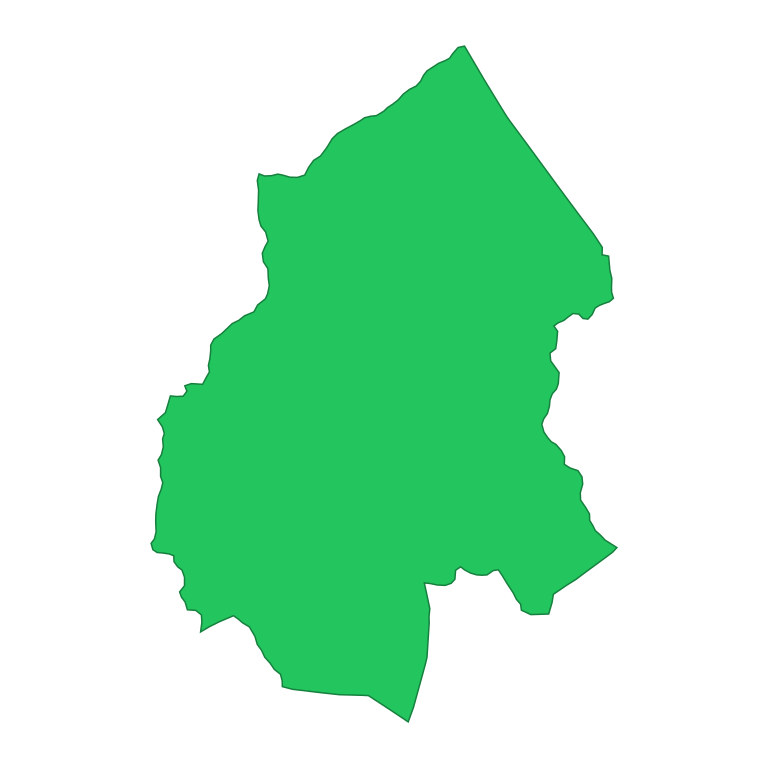 outline of Castro Alves, Bahia, Brazil
{"feature_id": "56859067B5706793747944", "entity_name": "Castro Alves", "entity_type": "district", "adm_level": 2, "iso_a3": "BRA", "parent_name": "Brazil", "parent_adm1": "Bahia", "projection": "robinson", "projection_center": [-39.366, -12.724], "detail": "fine", "context": "isolated", "style": "filled", "palette": "green", "viewbox_px": 768, "rotation_deg": 0, "n_neighbors": 0, "source": "geoboundaries", "source_scale": "gbopen_adm2", "svg_char_len": 3044}
<svg xmlns="http://www.w3.org/2000/svg" viewBox="0 0 768 768"><path d="M464.5,46.1L458.1,47.5L452.6,53.8L449.6,58.2L445.2,60.6L438.6,63.3L432.5,67.3L427.0,70.9L423.7,75.1L420.6,81.2L416.1,86.1L409.6,89.3L403.2,94.2L398.2,99.9L392.8,104.1L387.5,107.6L383.8,111.2L376.5,115.6L370.3,116.3L364.5,117.8L360.3,120.7L354.0,124.3L345.4,128.9L337.5,133.5L332.3,138.6L326.8,147.6L320.5,156.0L313.6,160.4L308.6,167.4L304.7,175.1L297.4,177.4L290.0,177.2L282.7,175.1L277.8,174.1L271.3,175.7L264.6,176.0L259.1,173.9L257.3,180.5L258.6,190.3L258.2,203.3L257.9,210.7L259.1,219.9L261.0,226.2L265.7,232.1L268.1,241.1L264.9,247.0L262.3,253.3L263.4,261.7L267.9,268.7L268.3,278.2L269.3,285.7L267.6,293.9L265.4,298.8L257.6,305.0L253.9,311.9L244.5,315.8L238.7,320.4L232.2,323.6L227.0,328.6L221.8,333.5L213.9,339.1L210.7,345.2L210.7,350.8L209.9,358.6L208.4,365.4L209.4,372.0L206.6,376.8L202.6,384.3L191.3,383.6L184.8,385.8L186.9,391.2L183.2,396.2L176.4,396.5L170.4,395.9L167.6,405.5L165.4,412.7L161.4,416.2L157.6,419.6L162.3,426.7L164.3,433.5L162.6,438.9L163.3,446.9L161.4,454.7L158.1,460.1L160.6,467.7L160.6,476.5L162.8,482.6L161.2,489.2L158.4,496.5L157.1,504.3L155.9,513.9L155.7,522.0L156.1,531.8L154.4,539.0L151.1,543.4L152.9,549.7L157.1,552.5L162.8,553.0L169.3,554.0L173.8,555.8L174.0,561.7L177.7,566.8L182.0,570.1L184.5,577.2L184.5,585.7L179.6,591.9L181.5,597.2L185.1,602.0L187.4,609.8L195.8,610.4L201.4,614.9L201.9,622.1L200.6,631.9L209.6,626.6L218.8,622.0L233.5,615.7L238.7,619.4L242.4,622.7L249.4,626.9L255.0,636.5L257.3,644.5L261.6,650.4L264.8,657.3L270.0,663.0L274.4,669.5L280.5,674.3L282.2,680.9L282.3,686.6L292.5,689.3L297.5,689.9L322.8,692.9L339.4,694.7L362.4,695.3L368.4,695.6L388.6,708.8L408.2,721.9L413.4,707.6L416.8,695.3L425.2,664.8L427.0,657.3L429.2,622.6L429.0,616.7L429.8,608.6L427.1,595.8L424.3,582.9L430.0,583.5L437.3,585.0L445.2,585.4L451.2,583.3L454.9,579.3L455.6,570.3L460.6,566.8L464.6,569.9L470.6,573.1L476.8,574.9L482.0,575.2L487.0,574.9L493.4,570.5L498.4,569.8L502.2,575.5L507.4,584.1L513.3,593.0L516.4,599.3L520.6,604.2L521.4,610.2L530.8,614.6L540.3,614.3L548.7,614.0L552.0,602.7L553.4,594.3L566.4,585.4L576.1,579.3L581.9,574.9L587.3,570.9L603.9,558.7L612.6,552.2L616.9,547.6L605.2,540.2L600.4,535.1L595.3,530.6L592.7,525.3L589.7,520.5L589.5,514.0L585.6,507.4L580.6,500.1L580.3,492.7L582.7,484.1L582.0,476.8L578.0,470.7L569.9,467.9L564.3,464.3L564.6,456.8L561.4,450.7L555.9,444.4L551.2,441.7L547.6,437.5L543.9,432.0L541.8,424.3L543.7,418.9L547.4,413.5L549.4,406.4L550.0,399.8L552.3,393.8L556.4,389.1L558.3,383.7L559.1,372.6L554.4,366.0L550.7,360.9L550.0,353.1L555.7,348.7L556.8,341.0L557.6,331.3L553.9,326.0L558.1,322.9L563.9,320.4L568.1,317.0L573.0,313.5L578.8,314.1L583.0,318.5L587.9,319.1L592.1,314.6L595.2,308.0L599.4,305.4L603.9,303.6L609.4,301.7L613.4,298.3L611.6,292.2L611.5,286.6L611.8,278.5L609.9,270.4L608.6,256.1L602.1,254.8L602.3,247.4L593.2,233.6L578.0,213.4L559.1,187.9L530.0,148.2L525.6,142.2L519.0,133.3L510.1,121.3L507.0,116.9L501.2,107.6L484.2,79.7L464.5,46.1Z" fill="#22c55e" stroke="#15803d" stroke-width="1.5"/></svg>